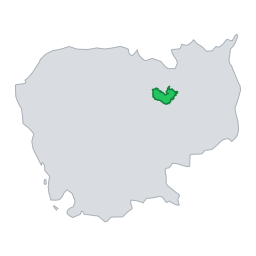 Siem Bouk, Stœng Trêng, Cambodia shown in context
{"feature_id": "14789045B16861695729461", "entity_name": "Siem Bouk", "entity_type": "district", "adm_level": 2, "iso_a3": "KHM", "parent_name": "Cambodia", "parent_adm1": "Stœng Trêng", "projection": "mercator", "projection_center": [105.84, 13.315], "detail": "fine", "context": "in_parent", "style": "filled", "palette": "green", "viewbox_px": 256, "rotation_deg": 0, "n_neighbors": 0, "source": "geoboundaries", "source_scale": "gbopen_adm2", "svg_char_len": 5878}
<svg xmlns="http://www.w3.org/2000/svg" viewBox="0 0 256 256"><path d="M237.0,34.2L237.6,36.7L235.9,41.2L233.9,45.4L230.4,49.0L230.2,51.7L229.0,59.7L229.4,62.2L230.3,64.4L231.4,65.6L234.5,73.3L237.4,80.4L240.1,86.2L240.6,89.9L238.1,99.2L235.1,107.8L235.4,112.0L236.6,116.3L238.0,121.9L238.5,129.2L237.8,133.9L236.4,136.8L233.8,139.8L231.6,141.4L228.9,138.8L226.8,138.7L223.9,139.5L221.6,140.7L217.0,145.1L211.9,149.4L204.8,150.5L202.1,153.6L199.1,154.1L193.5,154.2L189.9,155.0L190.0,156.6L189.7,164.1L189.8,165.9L189.2,166.4L186.7,166.6L182.4,165.4L176.6,163.6L172.5,163.3L170.3,166.6L169.1,167.9L167.5,168.0L165.9,168.6L165.3,170.1L165.2,171.9L166.0,175.1L166.3,180.1L166.1,183.4L167.6,185.6L176.5,192.8L179.1,194.6L179.4,195.7L177.8,199.6L179.2,205.1L176.4,205.0L171.8,202.7L169.6,201.2L166.9,202.4L166.0,202.2L164.1,199.4L161.8,196.7L159.3,196.5L154.2,197.6L148.9,198.3L146.9,198.3L146.1,198.8L143.0,203.0L141.7,202.2L136.4,200.7L131.5,200.1L130.5,201.1L131.1,204.5L132.2,207.8L131.6,209.2L128.9,210.9L125.4,214.0L123.2,216.4L121.7,217.0L116.4,216.9L111.0,217.2L108.9,219.5L106.9,221.3L105.1,221.8L98.2,216.1L84.3,214.2L82.8,211.7L81.5,211.2L80.2,214.4L72.6,217.5L69.4,215.7L67.0,213.4L67.4,210.6L69.6,208.3L73.4,206.7L75.1,201.0L72.2,193.7L69.7,191.6L67.0,189.9L64.2,192.6L61.9,197.2L59.4,199.6L56.0,200.2L50.9,200.0L48.9,193.0L48.2,187.1L48.9,180.3L49.7,176.2L44.8,170.6L44.5,165.3L42.2,162.6L41.5,164.0L41.5,165.5L40.9,164.4L33.1,148.8L31.8,141.6L33.2,136.0L33.9,134.1L31.7,131.2L28.6,127.9L23.0,123.5L22.6,116.6L21.4,108.4L19.7,105.7L17.2,100.6L15.8,96.5L15.4,85.4L16.1,84.5L20.0,84.2L25.0,83.4L25.8,81.6L24.9,80.2L28.2,77.7L32.8,72.2L36.4,66.5L39.0,62.8L40.5,59.2L45.7,54.2L52.9,50.6L57.7,49.8L62.8,48.6L67.6,46.9L69.9,46.7L76.0,48.8L79.2,49.3L82.7,49.3L86.2,49.5L89.3,49.3L96.7,47.9L104.5,49.0L111.5,48.1L120.2,46.4L124.4,47.5L128.3,49.2L128.8,52.5L129.7,54.1L131.0,55.3L132.8,55.3L135.0,52.9L136.8,50.5L137.4,50.0L137.5,51.2L138.4,53.8L140.1,56.4L141.7,58.2L144.5,60.4L146.3,60.5L152.2,58.4L161.1,61.5L162.2,63.1L165.0,66.3L168.1,68.6L175.1,68.7L177.5,63.1L176.3,59.7L172.4,53.7L171.3,50.2L172.6,49.5L179.3,48.9L180.3,48.2L181.8,44.3L183.6,44.8L187.3,45.3L191.3,42.6L193.6,39.8L194.9,41.1L196.2,43.0L197.8,44.2L200.6,45.8L203.7,48.2L205.6,50.5L207.2,51.4L211.1,50.8L212.2,50.9L214.5,48.1L216.1,46.5L217.5,47.0L219.5,46.9L223.6,43.4L226.0,40.1L227.3,39.2L231.0,40.8L232.5,40.5L234.7,36.0L237.0,34.2ZM46.3,183.8L45.5,184.3L44.8,184.3L44.1,183.6L44.1,181.1L44.7,179.6L45.9,179.3L46.3,183.8ZM57.9,208.4L56.3,210.1L53.9,206.7L53.9,205.7L57.9,208.4Z" fill="#d9dde1" stroke="#a8b0b8" stroke-width="1"/><path d="M154.7,99.0L155.3,99.0L155.5,99.0L155.8,99.3L156.0,99.5L156.8,99.6L157.3,99.8L157.7,100.0L158.0,100.1L158.8,100.0L159.0,100.0L159.6,100.2L160.9,101.0L161.0,101.0L161.4,101.2L161.6,101.3L161.6,101.5L162.5,102.2L163.0,102.6L163.3,102.7L163.5,103.1L163.8,103.3L164.0,103.4L164.2,103.5L164.4,103.5L164.6,103.5L164.8,103.6L165.0,103.7L165.4,103.8L165.6,103.9L166.0,104.1L166.5,104.1L166.6,103.9L166.8,104.0L167.0,103.9L167.3,103.8L167.4,103.7L167.6,103.6L167.8,103.5L167.8,103.4L168.0,103.3L168.1,103.2L168.3,103.1L168.6,103.1L168.8,103.0L169.0,102.9L169.1,103.0L169.1,102.9L169.3,102.7L169.5,102.6L169.8,102.5L169.9,102.3L169.8,102.1L169.9,101.9L170.0,101.7L170.2,101.4L170.3,101.4L170.4,101.2L170.5,101.2L170.6,100.9L170.5,100.7L170.6,100.8L170.6,100.7L170.7,100.3L170.7,99.8L170.7,99.2L170.8,99.0L171.5,99.1L171.8,99.3L172.1,99.5L172.4,99.7L172.6,99.6L173.0,99.3L173.2,99.2L173.3,99.0L173.3,98.9L173.3,98.7L173.4,98.4L173.2,98.2L173.3,98.1L173.2,98.0L173.3,98.0L173.2,97.9L173.3,97.9L173.3,97.7L173.5,97.5L173.5,97.4L173.6,97.2L173.8,97.0L173.9,96.9L174.1,96.8L174.1,96.7L174.2,96.4L174.3,96.2L174.5,96.1L174.7,95.9L174.8,95.8L174.7,95.7L174.8,95.5L175.0,95.4L175.3,95.3L175.2,95.2L175.3,95.2L175.2,95.1L175.3,95.0L175.3,94.9L175.4,94.7L175.5,94.7L175.7,94.4L175.8,94.4L175.9,94.1L175.8,93.9L175.7,93.8L175.7,93.7L175.8,93.7L176.0,93.5L176.4,93.3L176.5,93.4L176.6,93.2L176.8,93.2L177.0,93.1L177.3,93.0L177.5,92.9L177.4,92.3L177.5,92.0L177.4,91.8L177.3,91.7L177.1,91.7L176.9,91.5L176.7,91.6L176.0,91.6L175.8,91.7L175.5,91.8L175.0,92.1L174.4,91.4L174.2,91.2L173.3,90.3L172.7,89.7L172.5,89.4L172.2,89.1L171.9,89.0L171.6,89.2L171.3,89.2L171.1,89.4L169.8,89.5L169.6,89.6L169.4,89.1L169.2,88.7L169.1,88.2L169.1,87.2L169.1,86.8L169.3,86.5L169.2,86.5L168.9,86.8L168.6,87.1L167.8,88.2L167.7,88.6L167.5,90.0L167.4,90.2L167.1,90.6L166.6,91.1L166.4,91.4L166.3,91.7L166.3,91.9L166.3,92.2L166.5,92.6L166.7,92.8L168.1,93.5L167.9,93.6L167.7,93.6L167.4,93.5L167.2,93.6L166.7,94.1L166.5,94.3L166.4,94.4L166.2,94.6L165.7,94.9L165.4,94.9L165.1,94.7L164.8,94.6L164.7,94.6L164.5,94.2L164.4,94.1L164.3,93.9L164.1,93.8L163.9,93.7L163.7,93.5L163.6,93.2L163.1,93.0L163.1,92.9L162.8,92.7L162.7,92.5L162.4,92.4L162.2,92.3L161.8,92.1L161.7,92.1L161.6,91.9L161.5,92.0L161.4,92.0L161.3,91.9L161.2,91.8L160.9,91.8L160.8,91.7L160.7,91.7L160.6,91.8L160.6,91.7L160.6,91.4L160.4,91.5L160.4,91.4L160.4,91.2L160.1,91.0L160.0,90.9L159.9,90.9L159.7,90.7L159.4,90.6L159.1,90.6L159.0,90.4L158.9,90.4L158.9,90.5L158.7,90.5L158.6,90.4L158.3,90.4L158.2,90.3L158.2,90.2L157.9,89.8L157.9,89.7L157.7,89.5L157.7,89.4L157.6,89.2L157.4,89.1L157.5,89.0L157.4,89.0L157.4,88.9L157.2,88.8L157.1,88.7L156.7,88.5L156.7,88.4L156.5,88.2L156.4,88.3L156.3,88.2L156.1,88.3L155.9,88.4L155.9,88.5L155.5,88.8L155.2,88.9L155.2,89.0L154.9,89.1L154.7,89.1L154.4,89.2L153.9,89.4L153.6,89.4L153.2,89.4L152.9,89.4L152.8,89.5L152.6,89.7L152.8,89.8L152.9,90.0L152.8,90.3L152.8,90.6L152.9,90.8L153.1,91.0L153.1,91.6L153.1,91.8L153.1,92.0L153.0,92.3L153.0,92.6L152.9,92.9L152.9,93.1L153.0,93.4L153.0,93.8L153.0,94.0L152.9,94.2L152.9,94.3L153.0,94.5L153.0,94.9L153.0,95.3L153.1,95.6L153.0,95.8L153.1,96.1L153.0,96.3L153.0,96.5L153.0,96.8L153.8,97.3L154.6,98.1L154.7,98.5L154.7,99.0Z" fill="#22c55e" stroke="#15803d" stroke-width="1.5"/></svg>